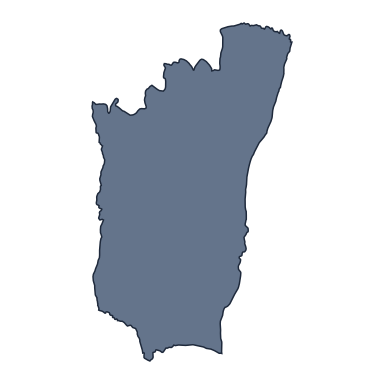 Dekemhare, Debub, Eritrea
{"feature_id": "51966322B31407938426856", "entity_name": "Dekemhare", "entity_type": "district", "adm_level": 2, "iso_a3": "ERI", "parent_name": "Eritrea", "parent_adm1": "Debub", "projection": "equal_earth", "projection_center": [39.033, 15.089], "detail": "fine", "context": "isolated", "style": "filled", "palette": "slate", "viewbox_px": 384, "rotation_deg": 0, "n_neighbors": 0, "source": "geoboundaries", "source_scale": "gbopen_adm2", "svg_char_len": 5887}
<svg xmlns="http://www.w3.org/2000/svg" viewBox="0 0 384 384"><path d="M98.7,310.1L99.9,310.6L101.6,311.0L103.1,311.7L104.7,313.0L105.1,313.2L105.7,312.9L105.7,312.5L106.1,312.0L107.0,311.8L109.3,312.7L109.8,313.9L109.8,314.6L110.6,315.2L112.0,315.4L112.6,315.7L112.5,317.0L112.8,317.5L113.7,317.5L114.1,317.8L114.9,319.3L115.5,319.4L116.6,319.0L117.4,319.5L117.5,320.6L118.6,320.6L120.3,321.2L122.4,321.3L124.3,322.6L126.7,325.4L127.5,326.0L129.9,325.3L130.6,325.3L131.1,325.5L132.7,327.5L135.6,328.5L137.3,332.0L137.3,334.2L138.0,336.4L139.3,338.3L139.8,340.0L139.8,341.3L140.2,342.8L142.3,350.0L142.8,353.1L143.9,352.8L144.3,353.5L144.0,355.3L144.0,357.4L144.5,358.2L148.0,360.2L149.9,361.0L150.6,360.0L151.7,359.4L152.6,358.5L153.1,357.2L152.9,352.8L153.1,352.4L154.9,352.0L155.5,351.1L155.8,350.0L156.3,349.8L159.9,350.8L161.9,352.3L162.8,352.3L163.4,351.8L165.9,348.1L167.6,348.1L169.1,347.3L171.2,347.5L171.9,347.2L172.9,346.3L173.8,345.1L175.2,345.6L178.6,345.0L185.6,345.4L193.0,344.7L203.6,347.0L206.4,348.4L210.9,349.1L214.4,350.6L219.2,353.3L220.6,353.2L221.8,353.5L221.6,351.7L221.8,342.9L221.7,341.7L220.7,338.5L220.5,333.2L220.6,329.9L220.2,323.7L220.4,321.1L222.6,315.4L223.2,311.3L224.0,308.9L225.0,307.3L225.7,307.2L227.6,306.2L229.5,304.2L230.1,303.3L234.6,294.3L237.9,288.7L238.5,287.1L239.4,283.5L239.8,281.0L240.6,275.9L240.8,273.0L240.7,272.2L238.5,269.3L238.3,266.6L238.6,265.4L239.9,263.0L240.3,261.8L240.6,259.9L240.5,259.3L239.4,258.4L239.2,257.8L239.2,257.2L239.5,256.6L241.6,255.8L241.9,255.4L242.2,253.1L242.7,252.2L243.5,251.9L244.6,251.8L245.0,251.4L245.9,250.0L246.1,248.8L246.0,247.9L245.6,246.2L244.7,243.7L244.9,241.9L244.3,239.4L244.0,237.3L245.9,234.6L246.6,233.0L247.0,232.3L247.8,232.0L248.2,231.2L248.2,230.2L248.1,228.6L247.8,227.9L245.5,225.7L245.2,225.2L245.2,223.6L245.6,222.1L245.9,220.3L246.3,219.5L246.3,215.2L246.2,211.4L245.6,209.7L245.2,207.0L245.1,199.1L245.7,192.3L245.6,189.4L246.1,187.1L246.5,184.5L246.9,177.0L248.6,167.9L249.6,163.8L250.4,161.0L251.2,158.6L252.3,156.1L253.4,154.6L254.5,151.8L259.2,142.7L264.0,137.0L265.2,135.0L266.7,133.1L267.0,131.0L267.9,128.0L270.9,121.5L272.0,117.8L272.2,116.3L272.7,110.6L273.5,106.9L275.8,101.2L276.6,97.5L278.2,92.4L278.8,91.3L279.2,89.1L279.7,88.2L280.4,87.5L280.7,85.6L281.7,81.4L283.3,76.5L283.9,73.5L283.8,72.5L283.9,69.8L283.8,67.3L284.5,64.1L286.7,59.1L286.8,58.3L286.6,57.4L287.5,54.4L287.9,53.4L289.7,51.3L290.1,48.0L291.9,42.1L290.9,42.1L290.5,41.9L290.7,40.1L290.4,39.4L289.5,39.4L289.3,39.1L289.3,38.5L290.0,36.4L289.7,35.1L289.4,34.6L288.7,34.5L286.9,35.8L284.7,35.3L283.8,34.5L282.4,31.0L281.5,30.1L280.6,30.3L280.2,31.2L279.6,33.3L279.2,33.2L277.2,31.4L276.3,31.8L274.5,31.5L274.0,31.2L273.2,30.3L272.4,28.2L271.8,28.0L271.2,28.8L270.5,28.8L269.7,27.9L268.3,26.9L267.4,26.6L266.7,26.4L266.0,26.7L265.5,27.4L264.8,28.8L264.3,29.1L263.3,28.3L261.8,28.3L261.3,28.0L260.7,26.7L259.9,25.9L258.4,25.8L256.5,24.8L253.6,25.6L251.3,25.4L250.1,26.0L248.7,24.1L248.2,23.8L247.5,23.7L245.6,24.2L244.1,23.0L242.1,24.0L241.4,23.4L240.9,23.5L240.0,24.2L233.9,26.0L231.6,26.1L228.0,26.7L222.0,28.6L221.2,29.1L220.4,29.9L220.3,30.9L220.4,31.7L222.5,36.1L222.8,37.6L222.7,46.8L222.4,48.4L220.9,53.0L220.5,56.9L220.0,58.6L219.8,62.4L219.8,63.8L220.1,66.1L220.1,68.1L219.8,69.6L219.6,70.0L218.7,70.3L217.8,70.4L214.6,69.8L213.1,70.6L211.8,70.9L211.6,68.6L209.6,65.3L206.3,61.6L203.4,59.6L201.7,59.2L200.6,59.7L199.8,60.4L196.0,65.4L194.8,67.3L194.0,69.9L193.8,70.1L193.4,70.1L191.5,66.4L189.9,64.6L189.0,63.3L186.4,60.9L183.8,59.5L181.1,58.9L180.1,59.1L179.2,60.3L179.0,62.1L178.6,62.6L177.3,62.9L175.9,62.3L174.3,62.2L173.4,62.4L171.7,64.9L171.2,65.2L170.2,65.0L169.0,64.3L167.1,64.2L165.9,63.7L164.3,63.6L163.9,64.8L164.0,65.5L165.4,67.8L165.4,68.1L163.9,72.6L163.5,76.6L163.6,77.6L163.9,78.0L164.8,78.3L165.2,78.7L165.5,79.7L165.7,81.6L165.6,87.0L165.3,88.4L164.9,89.3L164.1,90.3L163.3,91.1L159.4,90.6L157.5,89.5L151.9,85.3L150.0,86.5L148.4,88.5L146.9,89.2L145.6,91.0L145.3,93.1L145.6,95.8L144.8,97.9L144.5,100.0L145.0,102.9L146.2,106.5L146.2,107.7L146.1,108.0L144.7,108.8L141.4,108.6L139.7,109.0L137.8,110.9L136.4,112.9L134.4,114.3L132.8,114.9L130.2,115.2L124.1,111.3L122.5,110.8L119.3,108.0L117.3,106.5L116.0,106.0L115.7,105.7L115.6,104.9L115.7,104.1L116.0,103.7L117.6,102.4L118.0,101.6L118.2,99.9L118.0,99.3L116.7,98.4L116.2,98.5L115.1,99.3L110.6,106.9L110.2,111.1L109.9,111.9L109.0,113.2L108.6,113.2L108.3,112.7L107.7,111.6L107.6,108.8L107.2,106.8L107.0,105.8L105.9,104.6L105.1,104.2L103.3,103.9L101.3,104.1L99.3,104.0L97.8,104.3L95.7,104.4L94.4,102.9L92.7,101.9L92.5,102.5L92.5,104.5L92.1,105.9L92.1,106.5L92.3,108.6L93.0,109.9L93.2,111.4L93.2,112.4L92.6,114.7L92.4,116.5L94.1,120.7L96.0,124.4L96.4,126.2L96.0,127.6L95.9,128.2L96.1,132.4L96.4,132.9L97.9,133.2L98.5,134.2L98.9,135.6L99.3,136.4L99.4,137.6L99.1,142.3L100.1,143.0L100.5,144.2L101.3,144.7L102.1,145.9L102.5,146.0L102.0,147.7L101.5,148.7L101.4,149.8L102.4,152.2L102.5,153.5L103.4,155.7L103.5,157.2L104.6,159.5L104.7,160.0L104.4,163.2L104.0,164.4L103.1,166.0L102.9,167.6L101.0,171.9L100.9,173.6L101.0,174.6L99.8,178.6L99.9,180.5L101.2,184.9L101.3,185.5L100.6,186.0L100.4,186.6L100.5,189.4L99.9,191.4L99.5,192.1L97.9,193.6L97.0,195.8L96.7,197.0L96.8,200.0L96.3,202.9L96.5,204.0L97.0,204.6L99.0,205.6L98.8,207.0L98.9,207.5L99.2,207.9L100.5,208.6L101.4,208.8L101.8,209.1L101.7,209.6L101.1,210.6L99.8,211.6L99.4,212.5L99.7,214.7L98.7,217.7L98.7,218.3L99.7,219.8L100.0,220.0L102.1,219.3L103.5,220.0L101.9,224.0L100.7,226.4L100.4,229.6L100.5,232.8L101.3,234.9L101.8,237.0L100.9,238.8L100.3,241.8L99.6,250.1L99.6,255.2L99.4,257.8L98.2,260.3L97.5,264.1L95.6,268.7L94.9,271.1L93.4,274.2L93.0,276.6L93.3,280.7L94.7,285.5L94.7,287.6L95.3,294.6L95.4,295.1L97.0,297.9L96.9,298.3L97.1,300.3L97.6,302.1L97.5,302.9L97.9,303.8L97.7,305.3L98.1,306.1L98.8,308.1L98.9,309.0L98.7,310.1Z" fill="#64748b" stroke="#1e293b" stroke-width="1.5"/></svg>